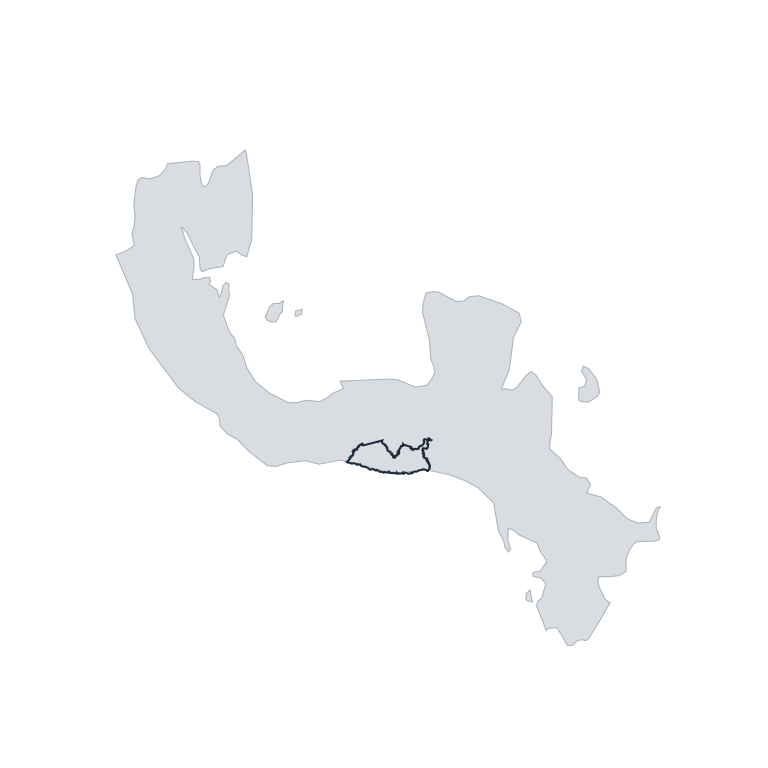 location of Donoso, Colón, Panama, rotated 211°
{"feature_id": "35544464B61389009226289", "entity_name": "Donoso", "entity_type": "district", "adm_level": 2, "iso_a3": "PAN", "parent_name": "Panama", "parent_adm1": "Colón", "projection": "mercator", "projection_center": [-80.539, 8.91], "detail": "fine", "context": "in_parent", "style": "outline", "palette": "slate", "viewbox_px": 768, "rotation_deg": 211, "n_neighbors": 0, "source": "geoboundaries", "source_scale": "gbopen_adm2", "svg_char_len": 8999}
<svg xmlns="http://www.w3.org/2000/svg" viewBox="0 0 768 768"><g transform="rotate(211 384 384)"><path d="M680.7,356.9L678.6,358.4L672.6,367.0L669.4,374.4L677.1,382.2L679.4,390.5L683.8,399.5L690.6,408.5L698.2,425.3L700.0,432.0L697.8,436.4L690.5,439.0L683.8,446.9L681.9,456.4L683.2,461.2L662.9,476.4L657.6,479.0L654.2,476.6L649.8,468.9L644.7,462.8L641.9,460.6L640.3,460.5L638.6,461.9L637.9,465.3L640.6,479.6L638.3,485.4L631.4,489.9L623.5,513.2L620.4,510.3L594.4,478.9L571.9,439.9L567.2,422.3L573.0,421.3L578.7,421.7L581.7,418.9L585.2,413.8L582.4,401.9L593.3,392.8L597.5,386.7L600.5,387.4L607.7,397.8L618.1,403.8L630.9,412.4L638.8,414.4L628.8,405.3L611.5,393.4L606.6,385.5L602.1,374.6L595.3,379.3L592.2,383.3L588.7,385.6L585.6,382.8L585.1,379.3L574.9,378.6L572.3,375.4L569.6,373.6L570.8,380.4L572.8,384.6L571.7,389.7L568.4,390.1L565.6,384.8L562.0,380.1L557.1,360.2L545.6,350.8L540.3,347.7L535.9,346.5L529.4,340.1L520.9,336.7L509.3,326.8L495.1,319.7L477.7,317.2L456.6,318.7L449.5,322.7L444.7,327.7L442.4,330.0L430.0,335.8L425.2,344.0L422.3,351.0L416.1,359.0L423.1,363.8L382.5,390.7L374.4,394.6L356.1,397.4L351.9,400.2L346.4,405.6L345.6,413.7L346.5,420.5L351.8,425.9L356.5,429.2L367.8,445.2L388.0,465.4L391.8,472.8L394.9,483.7L388.8,488.8L384.1,490.9L365.0,491.8L358.4,496.2L355.7,502.8L348.5,508.3L323.9,513.6L304.5,514.2L298.4,508.0L297.0,490.5L283.9,460.6L280.8,439.9L277.6,442.5L270.6,444.9L268.3,450.0L266.6,465.2L264.0,470.4L258.6,469.9L247.7,464.5L233.1,459.5L214.5,427.2L212.5,421.2L208.9,413.9L194.5,410.9L182.3,405.4L168.9,404.6L162.0,407.7L155.1,403.8L153.8,394.9L139.8,398.9L121.8,397.5L105.7,393.7L94.7,395.7L85.5,402.0L86.8,418.1L84.1,421.2L83.6,414.7L80.4,407.1L76.6,400.9L68.5,394.4L68.0,392.0L71.3,388.7L86.0,379.3L87.8,375.4L88.0,367.2L86.6,359.4L80.0,347.9L83.8,340.8L91.4,335.0L99.2,330.5L100.5,328.6L99.0,324.7L94.5,320.5L83.9,313.3L77.5,312.8L77.2,292.1L77.5,270.1L79.1,267.9L83.0,266.6L86.2,263.2L87.9,256.7L92.6,254.4L101.0,259.4L109.6,263.9L113.1,262.4L115.8,260.2L117.7,258.1L118.3,256.1L125.1,262.0L139.2,272.4L140.0,277.5L138.7,282.4L142.5,296.4L149.8,298.5L157.2,295.8L159.0,298.4L157.6,301.0L153.8,303.9L152.9,315.9L164.9,321.6L170.9,326.5L190.8,324.2L198.2,325.5L203.2,324.1L197.6,314.4L190.2,307.2L190.8,304.0L196.4,306.4L200.8,311.3L210.6,317.3L228.6,338.4L249.3,343.5L265.7,342.8L280.9,340.0L305.2,331.8L322.8,317.0L336.8,310.4L382.3,296.4L398.5,281.7L405.3,279.7L411.8,277.9L426.1,266.8L433.8,258.1L441.9,253.8L465.9,256.9L481.5,261.0L492.3,260.5L502.7,263.4L507.2,269.7L511.9,272.4L537.3,271.7L558.2,274.8L603.9,293.5L631.2,311.9L645.7,331.5L680.7,356.9ZM222.4,501.9L216.4,502.5L204.3,497.8L195.4,488.8L194.7,485.8L194.9,482.8L199.7,473.6L206.2,470.4L208.8,470.4L215.0,481.1L210.7,485.2L212.4,491.9L221.3,496.8L222.4,501.9ZM515.5,399.0L513.3,403.6L508.3,393.3L509.1,390.6L508.7,381.3L513.6,378.8L517.1,378.6L520.1,379.9L521.9,390.9L520.4,395.9L515.5,399.0ZM154.1,277.6L152.9,282.7L144.5,273.5L149.5,272.0L151.3,272.2L154.1,277.6ZM497.4,401.1L492.5,406.0L490.6,401.4L494.0,396.6L495.2,396.6L497.4,401.1Z" fill="#d9dde1" stroke="#a8b0b8" stroke-width="1"/><path d="M350.5,331.7L350.9,332.2L351.4,332.0L351.6,332.6L352.3,332.4L352.9,332.6L353.2,332.4L353.7,332.5L354.0,332.3L354.8,332.4L355.3,332.6L355.7,333.4L356.3,333.5L356.4,334.7L359.4,331.6L359.4,331.4L359.6,331.5L370.1,320.7L370.8,320.5L371.0,321.2L371.3,321.2L371.4,321.6L371.7,321.6L371.8,321.7L372.2,321.6L372.5,320.9L372.5,320.3L372.6,320.2L372.9,320.2L373.1,320.0L373.1,319.4L373.3,319.3L373.2,318.9L373.4,318.7L373.4,318.0L373.7,317.8L373.6,317.5L373.9,317.2L373.7,317.1L373.6,316.7L374.0,316.5L373.9,316.3L373.7,316.3L373.8,316.1L373.7,316.0L374.0,315.7L374.0,315.1L373.7,314.8L374.0,314.6L373.8,314.3L374.1,313.9L373.9,313.7L374.4,313.6L374.5,313.1L374.8,313.2L375.2,312.9L375.2,312.7L375.4,312.5L375.4,312.4L375.6,312.4L375.8,312.0L375.6,311.8L375.8,311.5L375.6,311.2L375.9,311.1L375.7,310.9L375.3,311.0L375.0,310.8L375.8,310.1L375.2,309.9L375.1,309.7L374.8,309.8L375.0,309.2L374.7,308.5L374.7,308.2L374.0,307.7L374.0,307.0L374.0,306.7L374.8,305.9L374.4,305.2L375.4,304.5L374.7,303.5L375.4,302.9L374.6,302.5L374.9,301.7L374.8,301.0L375.0,300.5L375.0,300.1L375.5,299.4L375.8,298.1L374.7,297.9L374.3,298.2L374.3,298.4L373.7,298.6L372.9,298.6L372.3,298.9L371.6,298.9L371.1,299.2L370.3,299.2L369.4,300.5L368.6,300.8L367.3,300.9L366.9,301.1L365.4,300.9L365.2,301.0L365.2,301.3L365.1,301.6L364.2,302.3L362.9,302.3L362.5,303.9L362.8,302.4L363.1,302.3L362.3,302.1L361.3,302.0L359.2,302.4L358.6,302.9L357.6,303.1L357.2,303.6L354.4,303.7L352.5,303.5L352.5,303.8L352.5,303.5L351.6,303.6L351.2,303.9L351.0,304.1L351.0,304.4L350.5,304.7L350.2,305.0L348.6,305.3L348.9,305.3L349.4,305.3L349.7,305.5L349.4,305.4L348.9,305.3L348.1,305.6L347.1,305.5L346.1,305.8L346.0,306.4L344.9,306.7L345.0,307.0L344.8,307.1L345.0,307.0L344.9,306.8L342.5,306.5L342.0,306.8L341.9,307.0L341.2,307.1L340.9,307.4L339.8,307.8L339.2,307.7L338.8,308.0L338.5,307.9L338.4,308.1L338.5,308.1L338.5,308.5L338.4,308.7L336.7,309.2L336.5,309.7L335.1,310.0L335.0,310.5L334.1,310.9L334.2,311.2L334.6,311.4L334.6,311.5L334.1,311.3L333.9,310.6L333.2,310.7L332.8,311.1L331.5,311.5L330.9,312.1L330.1,312.3L329.7,312.8L328.1,313.3L328.2,313.7L328.6,313.8L328.2,313.7L327.0,313.7L326.1,314.3L326.3,314.5L325.9,314.4L325.1,314.8L324.6,315.4L323.6,315.8L323.4,316.2L323.5,316.4L323.4,316.3L323.0,316.6L322.2,316.7L322.3,317.2L322.1,318.7L322.2,319.2L322.0,318.7L322.1,317.1L322.2,316.9L320.8,317.2L320.6,317.8L320.6,318.6L320.0,319.1L319.5,319.3L319.5,319.5L319.4,319.3L317.6,319.5L317.6,319.9L317.6,319.6L316.9,319.6L316.8,319.9L316.4,320.0L316.1,320.4L315.7,320.6L315.4,321.0L314.2,321.8L314.4,322.0L313.9,322.1L313.6,323.0L313.7,323.4L313.1,324.3L312.7,324.6L312.8,324.9L312.7,324.6L311.8,325.0L311.0,325.5L309.4,328.1L308.7,328.5L308.4,329.2L307.2,329.9L306.8,330.9L306.2,331.3L305.6,331.3L305.2,331.7L304.1,331.8L304.0,332.2L304.1,331.9L303.5,332.0L302.2,331.8L301.7,332.0L301.9,332.6L301.6,333.0L301.6,334.5L301.3,335.2L302.4,336.2L302.1,336.9L302.5,337.3L302.8,337.9L303.8,338.1L303.8,338.6L304.6,338.8L304.5,339.2L304.8,339.4L305.1,339.3L305.5,339.5L305.8,339.2L306.1,339.2L306.2,339.3L306.7,339.6L306.1,339.7L306.0,339.8L306.2,340.0L306.2,340.5L306.6,340.7L306.9,340.7L307.1,340.9L307.5,340.8L307.5,341.1L308.0,341.6L308.7,341.3L308.7,341.6L309.1,341.8L309.1,342.2L309.9,341.9L311.0,341.6L311.6,341.9L311.9,341.6L312.2,342.2L312.6,342.2L312.6,342.4L313.1,342.6L313.1,343.0L312.8,343.4L313.1,343.9L313.3,343.6L313.6,343.6L313.8,344.2L314.2,344.2L314.2,345.0L314.6,344.9L314.5,345.2L314.9,345.4L315.0,345.8L315.5,345.7L315.7,345.9L315.6,346.2L316.0,346.3L316.1,346.9L316.3,347.1L316.6,347.0L316.7,347.4L316.5,347.7L316.6,347.8L316.9,347.9L317.1,347.8L317.1,348.3L317.3,348.6L317.1,348.8L317.5,348.8L317.5,349.0L317.0,349.4L316.3,349.5L315.7,349.8L314.9,349.9L314.7,350.4L314.3,350.2L314.0,350.5L314.1,350.9L313.7,351.4L314.1,353.0L314.5,353.8L314.9,354.1L314.8,354.3L314.8,355.0L315.0,355.2L315.7,354.9L315.8,355.2L316.2,355.1L316.3,355.7L316.7,355.8L316.9,356.7L316.9,356.9L317.1,358.3L316.9,358.6L316.6,359.0L315.9,359.3L315.3,359.8L314.6,359.9L314.5,360.2L315.0,360.1L316.1,360.5L317.5,360.6L317.8,360.5L317.7,360.0L318.2,359.1L318.4,358.2L320.9,357.6L321.0,356.4L320.7,356.1L320.7,355.8L319.7,355.3L319.5,354.2L319.3,353.8L319.2,353.3L319.5,352.5L319.5,352.0L319.6,351.8L319.4,351.5L319.5,351.0L319.9,350.5L320.5,350.2L320.4,349.9L320.5,349.8L321.4,348.9L321.3,348.2L321.7,347.8L321.3,347.5L321.0,346.6L321.2,346.2L321.2,345.9L321.5,345.7L321.9,345.7L322.6,344.9L323.2,344.8L323.6,344.6L323.7,344.3L324.1,344.1L324.5,344.1L324.7,343.9L324.8,344.0L325.0,343.9L325.3,343.6L325.1,343.2L325.1,342.7L325.3,342.8L325.3,342.5L325.6,342.5L325.9,343.0L326.2,342.7L326.2,342.9L326.6,343.1L327.4,342.8L327.7,343.2L328.0,343.2L327.8,343.0L328.0,342.8L328.4,342.7L328.7,343.1L328.6,343.3L328.3,343.3L328.5,343.5L328.5,344.0L336.0,342.1L336.7,342.4L336.4,341.7L336.1,341.4L336.3,341.1L335.8,340.8L336.1,340.4L336.2,340.6L336.4,340.4L336.6,340.7L336.7,340.1L337.3,339.7L337.5,339.3L337.2,339.0L337.1,338.3L337.3,337.3L337.0,337.2L336.9,337.0L337.3,336.2L337.0,335.6L337.1,335.2L336.9,334.8L337.3,334.4L337.1,334.3L336.8,334.4L336.5,334.1L336.7,333.2L337.0,332.8L336.5,332.8L336.5,333.1L336.4,333.3L335.8,333.4L335.7,333.3L335.8,332.8L335.4,332.6L335.2,332.0L335.5,331.7L336.2,331.7L336.1,331.4L335.9,331.3L335.8,330.9L336.0,330.8L336.1,331.0L336.4,330.9L336.3,330.4L336.3,329.9L336.1,329.6L336.8,329.3L336.8,328.5L337.2,328.2L336.6,327.6L336.6,327.2L336.5,326.8L336.6,326.6L337.1,327.0L337.4,327.0L337.4,326.9L337.0,326.6L337.0,326.4L338.4,325.8L338.6,326.0L338.3,326.4L338.9,327.2L339.9,327.5L340.3,327.2L340.7,327.6L340.6,328.0L341.0,328.1L341.4,327.7L341.6,328.0L341.6,328.4L342.0,328.2L342.2,327.9L343.6,328.8L343.7,329.1L344.1,328.8L344.8,328.8L345.7,328.8L346.0,329.1L346.5,328.7L346.9,329.2L347.8,329.7L348.2,330.3L348.6,330.5L348.4,330.8L349.1,331.0L349.1,331.5L349.5,331.4L350.1,331.7L350.5,331.7Z" fill="none" stroke="#1e293b" stroke-width="2"/></g></svg>